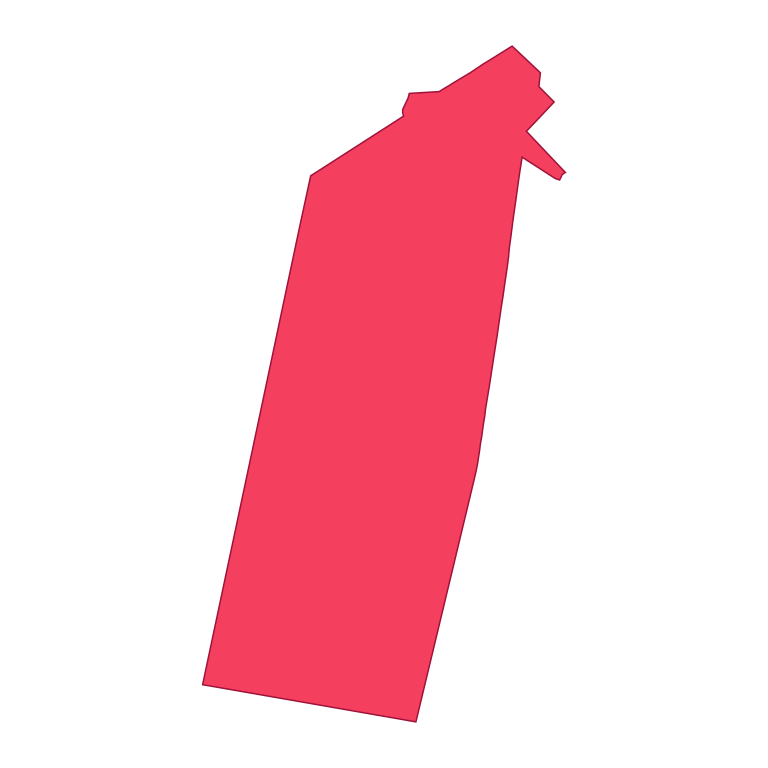 Chahuites, Oaxaca, Mexico
{"feature_id": "50627088B15401980188153", "entity_name": "Chahuites", "entity_type": "district", "adm_level": 2, "iso_a3": "MEX", "parent_name": "Mexico", "parent_adm1": "Oaxaca", "projection": "equal_earth", "projection_center": [-94.19, 16.276], "detail": "fine", "context": "isolated", "style": "filled", "palette": "rose", "viewbox_px": 768, "rotation_deg": 0, "n_neighbors": 0, "source": "geoboundaries", "source_scale": "gbopen_adm2", "svg_char_len": 1146}
<svg xmlns="http://www.w3.org/2000/svg" viewBox="0 0 768 768"><path d="M535.3,140.7L528.7,133.7L526.4,131.3L537.9,119.2L554.1,102.0L538.9,86.6L540.4,72.8L535.0,67.7L512.1,46.1L506.8,49.4L498.6,54.5L494.0,57.4L485.9,62.4L483.2,64.0L478.8,67.0L470.6,72.5L461.4,78.0L452.6,83.3L448.7,85.8L445.1,87.9L439.1,91.6L409.3,93.4L408.1,98.0L403.6,107.5L402.7,109.5L402.6,112.3L403.2,115.0L403.6,116.1L310.7,175.8L299.3,228.4L268.0,376.4L234.4,534.8L202.6,684.7L415.9,721.9L468.1,504.8L474.4,478.5L476.0,471.6L477.6,463.6L479.8,449.0L480.2,445.5L480.4,444.1L481.8,436.0L483.0,426.9L484.4,417.9L484.6,417.4L485.6,408.6L488.6,390.5L489.2,387.2L493.8,357.0L497.1,336.1L498.9,323.5L500.2,314.6L501.2,307.6L501.3,307.1L501.4,306.0L501.6,305.2L503.1,295.6L504.5,285.6L506.0,275.6L507.4,266.0L508.6,256.6L508.9,252.5L509.5,246.8L510.8,237.3L512.6,223.1L514.0,213.0L515.4,203.2L516.5,195.6L516.7,193.6L517.0,191.9L517.5,188.1L518.1,183.7L519.5,173.9L521.0,164.3L522.1,157.2L555.2,178.5L559.6,180.0L560.4,178.5L561.1,177.0L561.9,175.1L562.4,174.5L563.1,174.0L564.0,173.3L565.4,172.5L560.1,166.9L535.3,140.7Z" fill="#f43f5e" stroke="#9f1239" stroke-width="1.5"/></svg>